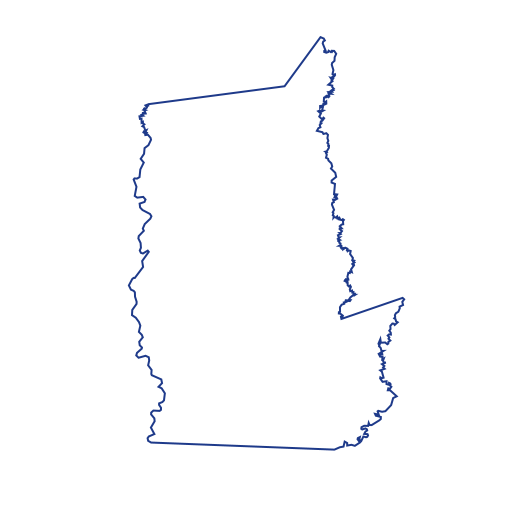 Puerto Rondón, Arauca, Colombia (Robinson projection), rotated 80°
{"feature_id": "7082276B48605985455717", "entity_name": "Puerto Rondón", "entity_type": "district", "adm_level": 2, "iso_a3": "COL", "parent_name": "Colombia", "parent_adm1": "Arauca", "projection": "robinson", "projection_center": [-71.044, 6.421], "detail": "fine", "context": "isolated", "style": "outline", "palette": "blue", "viewbox_px": 512, "rotation_deg": 80, "n_neighbors": 0, "source": "geoboundaries", "source_scale": "gbopen_adm2", "svg_char_len": 6094}
<svg xmlns="http://www.w3.org/2000/svg" viewBox="0 0 512 512"><g transform="rotate(80 256 256)"><path d="M460.3,212.4L458.9,206.6L458.9,202.9L454.2,200.9L456.0,198.7L458.5,199.1L458.5,194.8L460.1,191.6L457.7,186.0L454.1,187.8L453.0,187.3L452.4,185.2L454.7,186.2L456.4,184.4L452.4,181.6L453.6,179.1L453.4,177.8L452.1,176.8L450.8,177.1L450.0,180.3L447.9,178.7L447.1,176.8L445.9,176.9L444.8,178.2L445.3,181.5L444.5,182.3L442.9,181.8L442.0,178.9L442.8,175.1L440.0,174.0L442.2,173.5L442.6,171.5L439.3,163.2L438.2,161.4L436.2,161.0L434.1,165.7L432.1,166.2L433.5,162.7L430.1,163.2L429.7,162.5L431.3,158.9L431.3,155.5L426.3,148.8L419.7,145.6L418.6,141.8L411.5,147.3L411.1,149.5L409.3,148.7L410.0,147.2L408.3,145.4L406.7,146.6L405.6,145.7L404.6,146.2L404.1,147.0L406.0,147.3L404.8,149.7L402.0,149.2L401.9,153.2L398.1,155.0L397.1,154.6L398.2,153.3L398.0,151.5L391.8,152.1L390.2,153.5L389.4,148.9L387.8,150.2L386.6,148.7L384.4,150.7L383.5,146.7L382.9,148.8L381.2,149.1L379.1,147.9L379.7,149.6L377.2,148.9L376.7,151.2L374.5,151.9L374.8,148.7L374.0,148.7L373.2,150.9L371.6,147.0L371.3,148.9L368.1,149.2L366.2,150.5L363.1,148.7L364.4,150.4L363.6,150.6L359.5,148.0L363.1,148.1L363.6,143.8L365.7,142.0L365.2,140.9L363.6,140.6L362.6,138.4L360.5,139.9L359.3,138.8L357.2,140.1L356.3,138.6L356.8,136.8L354.9,136.6L352.7,137.7L351.3,136.2L348.2,135.9L346.2,133.4L346.6,132.0L348.0,131.4L345.9,128.0L344.7,129.4L342.3,129.6L341.4,130.7L340.3,129.5L338.4,129.5L336.7,128.2L335.6,125.5L332.5,123.5L330.8,123.4L329.8,119.7L326.6,119.9L324.4,117.6L322.7,118.9L332.8,182.8L330.5,182.9L330.1,182.0L331.3,181.7L329.9,180.8L327.5,182.9L327.0,184.4L325.7,184.1L325.4,182.9L321.0,182.2L318.8,180.1L318.4,177.5L317.0,177.6L316.9,176.1L315.2,175.3L315.4,174.3L316.8,175.0L316.2,172.9L316.7,171.4L315.9,170.6L315.5,172.5L313.2,170.3L311.4,167.1L312.0,166.4L311.4,165.0L311.2,165.9L310.4,165.4L310.3,166.6L308.5,166.3L308.6,167.5L306.7,167.4L307.0,169.3L305.1,169.4L302.9,167.9L301.4,168.4L302.2,169.7L300.8,170.8L298.2,170.4L298.0,171.0L296.2,170.1L296.6,171.0L295.7,170.8L295.4,171.9L296.9,171.6L295.9,173.0L294.4,171.5L295.0,169.2L292.4,169.6L288.6,168.0L289.1,166.6L287.6,166.0L288.6,164.4L285.6,164.7L282.1,161.0L281.0,161.2L281.4,162.2L280.6,162.6L279.4,160.2L278.4,161.3L277.6,160.2L276.8,161.9L274.8,160.9L270.4,163.0L267.5,161.9L266.6,163.6L267.2,165.0L266.1,165.2L265.7,163.9L265.7,165.2L264.7,164.7L263.4,166.5L264.5,168.9L263.4,168.6L263.6,170.4L262.6,170.9L262.0,169.3L262.0,170.5L260.9,170.2L260.4,172.3L259.9,170.9L258.4,170.6L257.4,171.7L255.8,171.4L255.5,172.4L254.8,172.3L254.7,170.7L253.3,172.3L252.2,170.4L252.1,171.3L249.8,171.7L249.1,168.8L247.9,169.7L248.0,168.8L246.4,167.0L244.0,169.0L243.4,168.8L243.6,166.8L241.2,168.3L239.9,166.2L239.9,164.6L236.8,164.3L235.7,163.2L234.8,164.1L235.5,165.4L234.5,167.6L234.0,166.9L232.6,167.3L233.4,170.3L232.7,169.1L231.1,169.2L232.0,170.8L231.2,172.4L231.7,173.0L230.0,172.5L229.2,173.3L227.3,172.3L226.3,172.9L224.1,171.1L218.6,172.3L217.1,171.8L216.5,170.0L214.0,170.3L214.6,168.8L213.7,166.2L212.6,166.8L212.0,168.6L211.1,168.0L211.5,167.0L210.5,167.5L210.7,166.3L209.5,165.4L208.6,168.4L198.7,165.7L196.8,168.8L194.8,168.4L192.0,163.3L187.8,163.5L182.9,167.0L181.1,165.4L177.8,165.7L174.5,168.1L172.8,168.1L171.4,170.0L168.6,168.7L166.8,169.2L166.3,168.3L165.3,169.4L165.2,168.1L162.2,165.5L160.2,165.0L160.0,165.8L158.3,165.2L157.0,166.1L155.2,164.8L152.3,165.2L149.2,164.1L147.3,165.4L147.5,168.4L145.6,169.1L143.3,174.3L140.9,172.3L140.4,170.2L138.1,170.5L136.7,168.6L136.3,169.4L134.7,168.8L134.3,167.2L132.2,165.0L131.5,165.6L133.0,167.1L129.7,169.5L127.0,167.4L124.2,169.6L123.8,167.8L125.3,166.7L124.5,164.5L124.1,165.7L121.1,164.3L120.5,166.1L121.1,167.1L119.4,166.8L119.5,163.9L117.7,163.2L117.8,162.2L118.7,162.1L118.2,160.3L115.9,160.0L116.5,161.2L115.5,162.4L111.9,161.5L111.9,159.5L111.0,159.8L110.5,158.6L112.2,157.0L111.6,156.2L110.4,156.9L110.0,155.9L108.6,156.3L109.3,153.7L107.2,155.7L107.5,152.6L106.4,153.3L106.2,151.4L105.6,152.0L104.9,150.3L102.9,151.6L101.4,151.3L99.9,155.0L97.2,150.5L96.6,151.2L95.4,150.0L95.4,150.8L93.7,151.5L94.5,150.2L93.6,150.3L93.9,149.2L92.9,149.3L92.8,147.9L91.5,146.7L90.7,146.7L91.1,148.4L90.2,149.1L86.4,147.5L80.8,148.2L79.1,147.5L77.4,144.8L73.9,144.0L70.8,141.9L67.6,143.4L67.3,144.7L68.1,145.6L67.3,145.9L68.1,147.0L66.5,148.8L67.7,149.5L68.0,151.5L66.9,153.4L65.8,153.1L65.8,151.8L58.2,153.4L56.5,152.6L55.7,150.8L53.6,151.5L51.7,154.5L93.8,198.4L87.8,335.6L88.9,335.9L88.2,337.2L88.5,338.7L89.7,338.0L89.6,336.9L91.1,337.9L91.9,339.6L90.6,340.7L91.9,340.4L92.5,341.4L93.3,339.7L93.5,340.6L96.5,339.9L96.4,341.9L95.5,341.6L95.5,342.6L97.0,343.1L97.1,343.9L98.3,342.8L98.2,346.5L100.8,346.5L100.8,344.9L104.9,345.5L104.3,344.1L105.8,344.3L107.0,343.1L108.5,345.3L109.6,343.8L113.3,343.2L113.0,342.0L115.0,343.4L113.9,344.8L114.7,345.4L116.2,343.7L115.4,343.0L115.8,342.1L116.9,343.0L116.9,344.0L117.7,344.0L117.8,341.4L121.4,339.3L123.3,339.2L128.2,342.7L130.4,347.0L135.9,348.5L140.3,352.7L144.5,350.3L150.7,354.9L158.1,357.0L159.1,359.7L158.5,362.2L159.4,363.2L167.1,361.7L175.8,365.0L177.9,362.8L178.2,356.8L181.2,355.0L183.4,356.4L184.2,361.5L188.1,361.7L191.0,359.8L196.2,353.1L198.7,352.1L200.9,353.6L205.2,360.0L209.3,362.7L211.7,362.1L216.0,368.0L218.3,368.8L223.2,367.4L227.9,367.9L230.4,369.5L232.9,368.8L233.9,366.9L231.9,361.7L233.3,360.9L241.2,369.0L247.2,369.1L256.6,379.2L256.3,380.3L257.2,381.9L262.9,386.3L267.4,385.0L269.1,382.5L270.7,381.6L275.1,382.2L280.4,381.5L282.5,382.0L287.6,387.2L292.7,388.4L295.9,385.1L300.8,382.7L304.5,382.0L310.4,384.5L313.7,382.2L316.4,381.6L320.2,385.9L323.7,386.0L326.3,384.2L327.4,384.6L330.7,390.0L333.1,391.2L335.8,389.3L335.1,382.1L337.1,379.2L340.3,379.3L344.9,381.2L350.1,378.6L354.0,379.6L355.3,379.3L361.1,370.7L364.9,370.6L367.9,374.7L369.9,371.9L375.4,369.6L382.2,371.7L383.6,373.6L384.3,377.0L385.8,377.3L389.0,375.9L391.0,376.3L391.8,377.8L390.4,383.9L392.0,386.4L393.8,386.8L398.2,384.3L401.1,384.5L406.7,389.3L413.7,387.0L415.1,392.9L416.6,394.4L419.3,394.3L421.5,391.7L460.3,212.4Z" fill="none" stroke="#1e3a8a" stroke-width="2"/></g></svg>